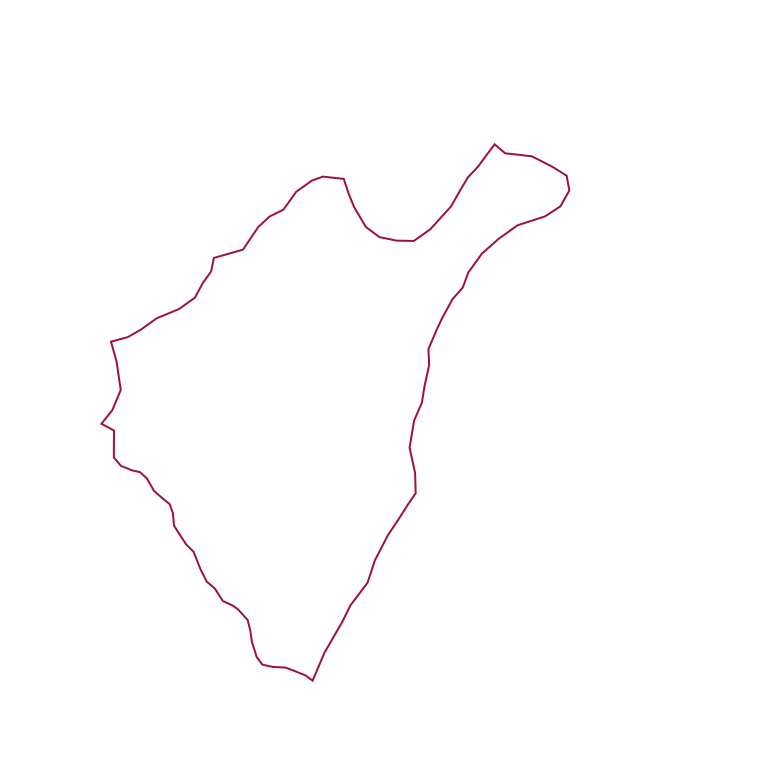 Angastina, Cyprus (Equal Earth projection), rotated 57°
{"feature_id": "46923920B58567235428408", "entity_name": "Angastina", "entity_type": "district", "adm_level": 2, "iso_a3": "CYP", "parent_name": "Cyprus", "parent_adm1": "", "projection": "equal_earth", "projection_center": [33.585, 35.215], "detail": "fine", "context": "isolated", "style": "outline", "palette": "rose", "viewbox_px": 768, "rotation_deg": 57, "n_neighbors": 0, "source": "geoboundaries", "source_scale": "gbopen_adm2", "svg_char_len": 1377}
<svg xmlns="http://www.w3.org/2000/svg" viewBox="0 0 768 768"><g transform="rotate(57 384 384)"><path d="M271.5,230.9L275.1,244.5L279.4,260.8L280.3,281.0L270.6,295.4L258.2,307.9L242.3,313.7L219.3,312.7L204.2,309.8L190.1,306.0L176.8,322.3L174.1,333.9L175.0,353.1L183.0,373.3L181.2,388.7L183.9,404.1L194.5,429.1L185.6,458.0L195.4,467.6L200.7,481.1L208.6,495.5L209.1,506.9L209.5,514.8L205.1,538.9L206.0,558.1L205.1,573.5L199.8,589.9L219.3,596.0L245.6,608.0L257.9,626.0L263.5,642.6L276.1,635.8L284.9,641.7L298.5,650.6L309.4,649.2L319.0,642.5L325.1,636.6L333.9,634.3L348.2,635.1L359.1,632.1L368.0,629.2L377.5,631.4L388.4,637.3L397.3,637.3L410.9,637.3L421.1,635.1L439.5,638.8L453.1,640.3L463.3,637.3L478.3,637.3L486.5,632.1L493.3,629.2L507.6,626.9L518.5,630.6L528.0,635.1L543.7,639.5L553.2,638.8L560.7,631.4L568.2,621.0L576.3,615.1L585.9,608.4L593.9,605.5L576.8,580.0L571.5,569.6L560.9,548.8L551.3,532.6L541.7,506.0L526.8,487.5L513.0,463.2L504.5,443.5L498.1,429.6L492.8,416.9L475.8,406.5L451.3,397.2L431.1,378.7L420.4,362.5L407.7,351.0L392.8,335.9L379.0,327.8L367.3,310.5L360.9,300.1L350.2,280.4L346.0,265.4L336.4,252.6L327.9,230.7L324.7,208.7L323.6,185.6L331.1,157.8L331.1,139.3L322.6,123.1L308.8,117.4L293.9,124.3L273.7,135.9L264.1,147.4L256.6,156.7L243.2,160.7L248.5,175.1L252.9,186.7L256.4,201.1L263.5,215.5L271.5,230.9Z" fill="none" stroke="#9f1239" stroke-width="2"/></g></svg>